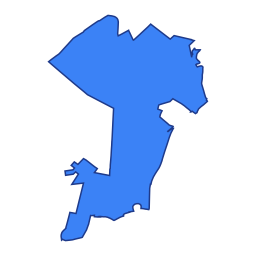 Chitila, Ilfov, Romania (Robinson projection)
{"feature_id": "2599482B54423717923033", "entity_name": "Chitila", "entity_type": "district", "adm_level": 2, "iso_a3": "ROU", "parent_name": "Romania", "parent_adm1": "Ilfov", "projection": "robinson", "projection_center": [25.98, 44.492], "detail": "fine", "context": "isolated", "style": "filled", "palette": "blue", "viewbox_px": 256, "rotation_deg": 0, "n_neighbors": 0, "source": "geoboundaries", "source_scale": "gbopen_adm2", "svg_char_len": 5070}
<svg xmlns="http://www.w3.org/2000/svg" viewBox="0 0 256 256"><path d="M48.6,61.7L51.8,64.5L53.9,66.3L56.9,68.9L63.1,74.2L74.4,83.8L84.0,91.7L87.5,94.7L100.5,101.5L113.6,108.3L113.1,118.0L112.6,128.2L112.2,136.6L112.0,140.2L111.9,141.2L111.7,145.6L111.4,149.9L111.1,155.4L110.9,158.0L110.3,165.0L110.2,168.6L109.9,169.0L109.6,175.5L94.4,172.6L97.3,168.6L94.8,166.9L92.2,164.9L86.0,160.0L83.5,158.6L77.9,164.4L74.3,161.9L71.2,165.4L74.5,168.0L73.0,169.8L65.0,171.0L65.6,175.3L73.2,174.2L75.7,171.9L78.4,174.1L71.8,184.4L83.5,183.1L76.0,213.5L69.9,212.4L69.3,214.9L67.2,222.9L66.3,226.1L65.9,227.4L65.9,228.3L63.3,230.7L62.6,231.6L62.0,232.3L61.6,233.4L61.2,234.8L61.1,236.1L61.2,237.1L61.4,238.5L61.6,240.1L62.6,239.3L63.2,239.7L65.5,240.6L68.3,240.3L71.1,240.0L72.6,239.8L75.5,239.0L79.8,238.0L81.8,237.5L82.3,237.3L86.5,229.9L88.3,224.9L88.5,224.5L90.6,215.5L91.0,215.6L91.5,215.6L91.9,215.6L94.4,215.3L94.3,216.0L94.3,216.7L95.8,216.8L97.7,217.0L98.4,217.0L98.4,216.6L99.5,216.5L99.6,217.0L100.7,217.0L100.7,216.5L101.6,216.6L102.6,216.7L103.1,216.8L104.0,216.8L104.4,216.8L105.1,216.7L107.0,217.1L107.8,217.3L108.6,217.7L109.5,218.0L110.7,218.6L111.2,218.9L111.9,219.2L112.6,219.7L113.3,220.1L113.6,220.3L114.0,220.4L114.8,220.1L115.7,219.6L119.8,217.4L120.2,217.2L122.0,216.5L122.8,216.3L123.1,216.2L123.5,216.1L123.7,215.9L123.3,215.3L123.7,214.5L123.7,214.4L124.9,213.6L129.6,212.2L129.4,211.9L133.7,211.2L133.6,210.9L133.6,210.7L133.2,209.5L132.9,208.1L132.8,207.0L132.8,206.5L132.8,206.4L133.1,206.0L133.8,205.0L135.0,204.1L136.6,203.7L138.4,203.6L139.9,204.2L140.7,205.1L140.9,205.2L141.1,206.2L141.1,207.5L141.0,208.5L143.0,208.6L145.4,209.1L147.5,209.3L147.9,209.5L148.8,209.6L148.9,209.4L149.2,208.3L149.4,199.6L149.5,195.2L149.7,188.3L150.4,184.2L150.9,184.3L151.7,181.0L152.6,178.8L153.5,176.7L154.3,175.4L154.4,175.2L155.2,173.8L156.6,171.6L158.9,168.1L159.8,166.3L160.7,164.2L161.0,163.4L161.9,160.9L162.5,158.6L163.4,155.7L164.7,151.5L167.1,144.3L169.3,137.4L170.9,133.2L172.3,130.4L173.3,128.5L172.5,128.5L172.3,128.8L172.1,128.9L171.9,129.0L171.4,129.0L171.2,129.0L170.5,129.5L169.6,130.3L168.0,131.5L167.8,131.3L172.0,127.8L173.6,126.2L173.4,126.3L173.0,126.3L172.0,126.0L169.8,125.3L168.9,124.8L168.0,123.9L162.9,119.6L159.8,116.9L159.9,116.7L159.9,116.4L159.9,115.9L160.2,115.4L160.2,114.8L160.5,114.2L160.8,113.4L161.1,112.8L161.3,112.3L161.9,111.2L162.1,110.8L161.9,110.7L161.4,110.5L161.0,110.3L160.6,110.1L160.2,110.0L159.7,109.8L159.4,109.7L157.8,109.1L157.8,108.9L157.9,108.5L158.0,108.1L158.2,107.3L158.5,106.1L158.5,105.8L158.7,105.2L158.8,105.0L159.1,104.9L160.1,104.5L161.0,104.2L161.3,104.1L161.5,104.1L161.8,104.0L162.0,103.9L163.7,103.4L164.7,103.1L165.5,102.9L166.1,102.7L166.3,102.6L167.5,102.3L168.4,102.0L169.5,101.7L169.9,101.5L170.0,101.5L170.3,101.2L170.7,100.8L172.9,98.7L173.6,99.2L173.9,99.4L174.2,99.5L174.3,99.6L177.3,101.3L181.1,103.5L181.3,103.6L182.4,104.4L184.4,105.8L184.5,105.9L185.0,106.3L185.3,106.6L185.8,107.0L186.3,107.4L187.1,108.1L187.4,108.3L187.9,108.7L188.4,109.1L188.9,109.5L189.6,110.1L189.8,110.3L190.0,110.5L190.5,111.1L190.7,111.4L190.8,111.6L191.0,111.9L190.9,112.0L191.0,112.0L192.1,111.2L195.5,113.6L196.5,112.9L197.0,112.6L197.2,111.9L197.3,111.7L197.4,111.2L197.6,110.9L197.8,110.6L197.9,110.3L198.1,110.0L198.4,109.4L198.5,109.0L198.9,108.6L201.1,106.6L203.6,104.7L207.0,101.7L207.4,101.2L207.1,100.8L207.0,100.7L206.8,100.6L206.4,100.2L206.8,98.6L206.2,98.2L205.7,97.8L205.5,97.1L204.4,93.5L203.7,90.9L203.1,88.9L202.3,86.2L202.0,85.2L201.8,84.5L201.6,83.5L201.6,83.0L201.8,81.7L202.0,80.4L202.2,79.0L202.3,77.8L202.3,76.8L202.3,75.8L202.3,75.3L202.3,74.7L202.4,74.3L202.5,73.7L202.6,73.1L202.7,72.6L202.7,72.2L202.7,71.8L202.8,71.3L202.8,70.6L202.8,69.9L202.8,69.3L202.8,68.9L202.8,68.6L202.9,67.6L202.9,67.1L202.8,66.9L202.6,66.6L202.4,66.4L202.1,66.2L201.8,66.1L201.3,65.9L200.7,65.9L200.4,66.0L199.9,66.1L199.3,66.2L198.4,66.5L197.6,66.7L197.6,66.8L197.3,66.9L197.2,66.7L196.9,66.5L196.4,65.7L195.9,64.7L196.1,64.5L196.4,64.3L197.3,64.0L197.2,63.9L198.4,63.6L199.4,63.2L199.7,62.9L199.8,62.8L199.8,62.2L199.4,61.6L199.0,61.2L198.7,61.0L198.1,60.4L197.9,60.5L197.2,59.5L196.7,58.9L196.4,58.4L196.4,58.1L196.4,57.6L196.4,57.0L196.5,56.2L196.8,54.4L197.3,53.2L197.8,52.7L198.3,51.9L199.6,50.8L199.7,50.6L199.9,50.3L200.0,50.2L200.2,49.8L195.3,49.8L194.8,48.4L194.6,48.3L194.3,48.4L194.1,48.7L193.3,49.8L192.3,50.9L192.1,52.9L192.2,53.0L192.7,54.0L192.7,54.3L191.8,55.4L191.7,57.3L189.2,45.4L194.2,40.6L190.8,39.7L191.0,39.5L174.1,35.6L170.2,39.1L150.9,24.3L150.7,24.1L147.8,27.0L140.9,33.4L140.3,34.0L133.6,40.1L133.4,40.1L133.1,39.9L131.1,35.7L129.9,33.1L128.7,30.7L128.6,30.3L123.8,32.9L121.6,34.1L118.2,35.8L117.7,33.9L117.7,33.1L118.0,28.9L118.2,24.5L118.3,22.0L118.1,20.8L117.7,19.4L117.0,18.3L115.8,17.3L114.6,16.6L111.9,15.9L108.0,15.4L104.7,17.3L99.6,20.7L98.4,20.9L96.5,22.1L91.8,25.3L91.4,25.6L84.3,30.6L83.4,32.0L75.9,36.6L73.3,38.3L66.4,45.9L63.9,48.6L62.1,50.6L60.3,52.6L58.7,54.2L55.9,56.1L54.6,57.1L51.2,59.6L48.6,61.7Z" fill="#3b82f6" stroke="#1e3a8a" stroke-width="1.5"/></svg>